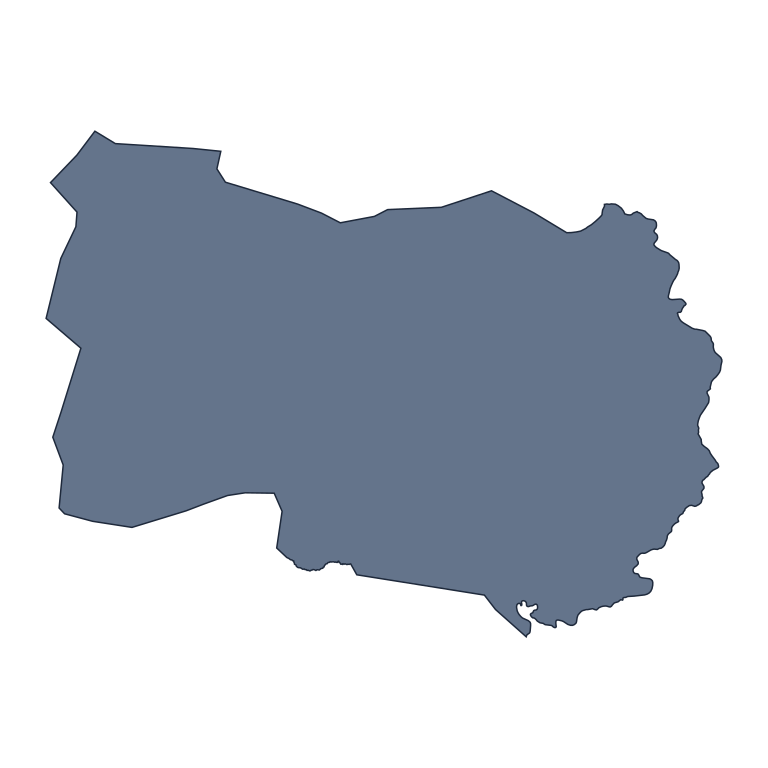 outline of To'morbulag, Hövsgöl, Mongolia
{"feature_id": "93677404B25273038411096", "entity_name": "To'morbulag", "entity_type": "district", "adm_level": 2, "iso_a3": "MNG", "parent_name": "Mongolia", "parent_adm1": "Hövsgöl", "projection": "orthographic", "projection_center": [100.416, 49.267], "detail": "fine", "context": "isolated", "style": "filled", "palette": "slate", "viewbox_px": 768, "rotation_deg": 0, "n_neighbors": 0, "source": "geoboundaries", "source_scale": "gbopen_adm2", "svg_char_len": 6117}
<svg xmlns="http://www.w3.org/2000/svg" viewBox="0 0 768 768"><path d="M61.2,411.6L52.8,437.2L63.2,465.0L59.1,508.0L64.6,513.8L92.6,521.3L132.0,527.4L186.2,510.8L203.7,504.1L227.6,495.5L245.2,492.8L274.2,493.2L282.1,511.3L276.7,548.0L286.8,557.5L289.1,558.6L290.4,559.7L291.9,559.9L292.5,560.7L293.7,560.9L293.8,561.1L293.8,562.0L294.3,562.9L294.5,564.2L296.0,565.0L296.4,566.3L297.6,567.3L298.2,567.6L300.5,567.8L302.6,569.2L304.5,569.1L305.0,569.6L306.5,569.7L307.0,570.4L308.3,570.3L309.7,570.9L310.4,570.8L311.2,570.2L312.3,570.0L313.0,569.5L314.3,569.7L315.9,570.5L317.1,569.7L319.4,570.0L320.8,568.7L322.8,568.2L323.1,567.4L324.1,566.9L324.2,566.2L324.6,565.4L325.0,565.1L325.5,564.3L326.3,563.8L327.0,563.8L327.6,563.0L328.1,562.5L329.3,562.4L330.1,561.7L331.0,562.1L331.9,561.8L332.9,561.9L333.6,561.8L334.6,562.2L335.4,562.0L336.3,562.4L337.0,562.1L337.7,562.4L338.1,561.3L338.7,561.2L339.2,562.2L339.7,562.5L340.6,564.0L340.8,564.2L341.7,564.1L342.3,564.4L342.7,563.8L343.1,563.7L343.9,564.3L345.0,563.8L347.0,564.6L347.8,564.2L349.2,564.4L349.7,564.1L350.7,563.9L356.8,574.8L484.4,595.1L495.5,609.5L526.2,636.8L526.6,635.6L527.0,634.8L529.5,633.0L529.9,632.3L530.2,630.8L530.6,625.7L530.6,623.6L530.2,622.4L529.6,621.7L528.2,620.6L522.5,618.0L520.9,616.6L519.1,614.5L518.0,612.7L517.2,610.9L516.6,607.7L516.6,606.2L517.0,604.6L517.8,603.8L518.7,603.4L519.9,603.4L520.3,603.8L520.9,605.5L521.5,605.5L521.8,605.0L521.8,604.0L521.5,602.6L521.5,601.8L522.0,601.1L522.6,600.8L523.6,600.7L524.7,601.0L525.4,601.5L526.2,602.4L526.4,603.1L526.5,605.1L526.7,605.8L527.1,606.2L527.6,606.5L528.7,606.6L530.1,606.0L532.6,605.7L534.9,604.3L536.0,604.1L536.7,604.5L537.2,605.0L537.5,606.1L537.6,607.8L537.3,608.9L536.9,609.5L536.0,610.0L534.5,610.2L533.8,610.6L533.3,611.4L532.8,612.7L531.1,613.5L530.5,614.1L530.4,614.9L531.0,616.1L531.7,617.0L532.9,617.9L533.8,617.9L534.8,618.4L536.2,619.7L537.3,621.1L540.0,622.8L543.3,623.4L544.6,624.4L545.5,624.7L551.2,625.4L552.1,625.8L553.1,626.8L554.3,627.5L555.3,627.6L555.8,627.4L556.2,626.7L555.8,623.0L555.9,621.4L556.3,620.5L557.1,620.1L558.1,620.0L561.7,620.8L563.4,621.5L567.8,624.4L570.5,625.3L572.7,625.3L574.5,624.5L576.1,623.0L576.5,621.8L577.1,617.7L577.9,615.2L579.6,613.1L581.4,611.3L582.7,610.6L586.2,609.6L587.7,609.6L592.6,608.7L595.1,609.7L596.6,609.9L597.7,609.0L598.8,607.8L601.2,606.7L603.1,606.2L605.3,606.0L606.6,606.1L609.3,606.9L610.4,606.9L611.5,606.2L612.4,604.9L614.3,602.9L618.1,601.8L620.7,599.7L622.6,600.1L622.9,599.7L622.9,598.3L623.2,597.9L623.9,597.5L625.7,597.4L627.7,596.5L634.1,596.1L644.6,594.9L647.0,594.2L649.0,593.1L650.7,591.4L652.0,588.7L652.7,585.4L652.8,582.6L652.4,580.9L651.3,579.7L649.8,578.8L642.0,577.8L640.1,577.2L639.5,576.5L638.6,574.7L637.9,573.9L634.7,573.4L633.7,572.5L633.2,571.3L633.0,569.8L633.5,568.5L634.9,567.0L636.8,565.6L637.3,564.9L638.2,563.9L638.2,562.1L636.8,559.3L636.8,557.8L637.1,557.1L639.0,555.0L640.7,553.5L642.9,553.1L643.7,553.3L644.9,553.2L646.4,552.6L650.9,550.0L652.6,549.4L654.0,549.1L657.5,549.4L659.2,548.5L661.2,548.2L663.0,546.9L664.4,545.3L665.2,543.5L665.6,541.9L666.5,540.1L667.1,538.0L667.3,536.0L667.8,534.9L668.6,533.8L671.4,531.5L671.7,530.2L671.6,528.6L671.8,527.4L672.8,525.8L674.5,524.0L675.9,523.0L678.2,521.8L678.6,521.2L678.0,519.7L677.9,518.7L678.3,517.5L679.6,515.6L680.6,514.7L682.8,513.5L683.5,511.7L684.7,510.4L685.0,509.0L686.5,507.5L689.3,505.6L691.6,505.3L694.7,506.3L695.9,506.1L696.8,505.7L697.4,505.1L698.5,504.8L700.9,502.8L701.5,501.5L701.7,500.3L702.1,499.1L702.8,498.2L702.7,497.2L702.2,496.5L702.0,494.2L701.6,492.8L701.5,491.8L702.0,490.8L703.9,488.4L704.0,487.6L703.9,486.3L702.1,483.3L702.0,482.3L702.2,481.3L702.9,480.2L703.9,479.6L704.8,478.6L706.3,477.1L707.6,476.4L708.6,474.8L709.6,473.8L710.2,472.6L712.9,470.3L717.4,468.0L718.4,467.2L718.6,466.3L718.3,465.0L717.8,463.5L716.0,461.7L715.4,460.4L711.8,455.6L710.3,453.3L709.3,450.8L707.6,448.9L704.2,446.4L701.8,444.2L701.3,441.2L701.2,440.1L701.2,439.4L697.8,433.4L698.2,433.7L698.6,432.3L698.4,430.1L698.8,428.1L697.7,425.5L697.7,424.1L698.3,420.8L699.3,417.9L700.4,415.2L705.1,408.3L708.5,402.8L708.7,402.1L709.0,399.9L709.0,397.9L708.9,397.0L707.1,393.2L707.1,391.7L707.6,391.0L708.4,390.5L710.4,388.8L710.2,387.2L711.4,382.1L711.8,381.3L713.6,379.0L716.0,376.9L717.8,374.7L719.5,372.3L720.4,370.1L721.0,365.3L721.9,361.5L721.8,359.7L720.8,357.5L715.3,352.6L714.5,351.3L714.0,350.2L713.4,347.8L713.3,346.8L713.4,344.1L713.0,343.0L711.4,340.7L711.1,338.1L710.8,337.3L710.1,336.2L705.1,331.2L702.9,330.5L696.3,329.2L694.9,329.2L692.1,328.2L683.4,322.9L681.3,321.3L679.8,319.4L678.1,315.8L677.8,314.2L677.4,313.4L677.6,312.8L678.8,312.3L680.3,312.3L681.3,311.5L681.8,309.7L682.8,307.7L683.5,306.9L683.8,306.1L685.0,305.4L686.0,304.1L685.8,303.3L684.4,301.6L682.9,300.1L681.6,299.3L679.7,299.1L672.2,299.6L670.9,299.4L670.0,299.2L669.2,298.7L668.4,297.6L668.3,297.0L668.5,295.3L669.2,292.7L670.0,288.8L671.1,285.9L672.7,282.3L673.7,280.4L675.2,278.4L676.7,275.6L677.7,273.4L677.8,272.6L678.8,270.1L679.2,268.1L679.0,264.3L678.6,262.5L677.6,261.0L677.0,260.4L675.4,259.4L670.0,254.9L668.6,253.3L667.8,252.9L661.6,250.7L660.6,250.2L656.6,247.7L655.3,246.6L654.0,245.0L653.9,244.1L654.3,243.0L656.6,240.3L657.3,238.9L657.6,237.5L657.4,235.8L656.7,234.4L654.9,232.9L654.2,231.9L653.9,231.0L654.8,229.3L656.0,227.9L656.4,226.3L656.5,225.2L656.3,223.0L656.0,222.1L654.9,220.7L653.4,219.8L648.0,219.0L646.0,218.3L642.7,215.5L641.3,213.9L639.4,212.8L638.0,212.4L637.1,211.6L633.3,213.1L631.7,214.5L630.2,215.0L627.7,214.8L624.8,213.9L623.4,211.0L621.4,208.2L618.0,205.6L615.4,204.2L611.3,203.9L609.2,204.3L606.9,204.0L604.4,204.4L604.5,206.2L602.6,210.0L602.1,213.5L602.1,214.6L600.9,216.2L598.9,218.2L595.3,221.5L591.4,224.7L587.6,227.0L585.9,228.4L580.6,231.1L576.2,232.0L571.1,232.6L566.7,232.7L533.9,212.9L491.5,190.8L441.4,207.3L387.6,209.6L374.4,216.4L340.3,222.8L321.5,213.1L297.7,204.1L225.4,182.2L216.9,168.9L220.8,151.3L193.2,148.5L115.3,143.6L94.9,131.2L76.9,155.1L50.5,182.6L77.0,212.1L75.9,226.7L60.8,258.4L46.1,318.4L80.9,348.2L61.2,411.6Z" fill="#64748b" stroke="#1e293b" stroke-width="1.5"/></svg>